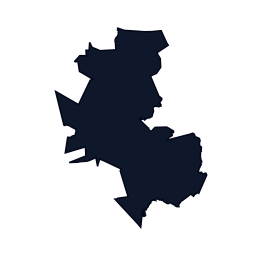 Dr. Belisario Domínguez, Chihuahua, Mexico, rotated 346°
{"feature_id": "50627088B53231411399009", "entity_name": "Dr. Belisario Domínguez", "entity_type": "district", "adm_level": 2, "iso_a3": "MEX", "parent_name": "Mexico", "parent_adm1": "Chihuahua", "projection": "orthographic", "projection_center": [-106.401, 27.994], "detail": "fine", "context": "isolated", "style": "filled", "palette": "ink", "viewbox_px": 256, "rotation_deg": 346, "n_neighbors": 0, "source": "geoboundaries", "source_scale": "gbopen_adm2", "svg_char_len": 5871}
<svg xmlns="http://www.w3.org/2000/svg" viewBox="0 0 256 256"><g transform="rotate(346 128 128)"><path d="M66.5,109.7L67.5,110.4L68.7,109.8L69.5,110.4L72.0,111.8L72.8,112.8L76.8,116.4L77.1,117.8L76.0,120.4L75.6,120.6L75.0,122.3L74.6,122.4L73.4,122.3L72.6,122.3L71.5,122.5L71.0,122.9L70.3,123.1L70.2,123.3L67.2,122.4L61.1,137.0L82.1,136.0L80.4,144.9L62.6,147.3L71.1,149.0L74.1,149.2L79.6,150.2L82.3,150.2L89.7,149.0L89.2,157.8L92.9,151.3L96.8,154.1L111.7,166.3L110.1,167.6L111.3,191.0L111.4,194.8L101.3,193.7L99.2,194.1L98.1,193.9L114.0,222.7L116.3,227.4L119.8,217.8L122.4,211.8L122.5,211.7L122.4,212.3L121.7,214.5L121.7,215.2L121.6,215.5L121.5,216.1L121.4,216.4L121.5,217.2L122.0,217.6L123.4,217.4L123.6,217.4L124.1,216.7L123.7,216.2L123.6,215.2L124.0,214.9L124.1,214.6L123.8,213.7L123.8,213.1L123.6,212.8L123.6,212.7L123.8,212.5L124.3,212.6L124.7,211.5L125.2,211.1L125.6,211.1L126.0,211.6L126.9,210.2L127.3,209.9L128.0,209.7L128.5,209.2L128.7,208.8L128.9,208.0L129.3,207.7L129.1,207.4L129.5,207.3L129.8,207.6L130.1,207.6L130.5,206.7L131.1,205.9L131.4,206.0L131.5,206.3L131.8,206.4L132.1,206.1L132.1,205.8L131.9,205.3L131.9,205.0L132.3,204.9L132.4,204.6L132.9,204.6L133.1,204.2L133.4,204.1L133.9,204.0L134.3,204.2L134.8,204.1L135.6,204.3L135.8,203.8L135.9,203.7L136.5,204.6L137.0,204.3L137.5,205.0L137.7,204.0L137.9,204.0L138.3,203.6L138.8,203.5L139.3,203.3L139.4,203.6L139.5,204.1L140.3,204.6L140.6,204.9L141.3,205.5L142.7,205.7L143.0,205.9L143.0,206.2L143.1,206.3L143.4,206.2L143.7,205.4L143.9,205.2L144.2,205.2L144.3,205.7L144.1,206.2L144.1,206.4L144.7,207.3L145.0,208.0L145.3,208.3L145.6,208.4L145.8,208.8L146.5,209.2L146.6,209.6L147.4,210.3L147.6,210.7L148.0,210.8L148.3,210.8L149.4,211.2L150.1,210.7L151.5,211.1L151.9,211.5L152.1,212.0L153.6,213.1L153.7,213.4L154.5,213.4L154.9,213.7L154.7,214.7L155.3,215.1L155.9,215.8L156.5,216.2L157.6,216.4L158.3,216.7L158.5,216.7L158.5,216.3L158.1,215.7L158.2,215.3L158.8,214.7L159.7,213.6L160.2,213.2L160.8,212.9L161.4,212.1L164.0,211.2L171.7,207.9L173.1,207.1L173.5,207.6L174.0,208.9L174.8,209.6L175.1,210.1L176.7,208.5L177.9,208.4L178.5,207.8L178.9,207.6L179.0,207.8L179.6,207.8L180.3,208.0L180.5,208.1L180.8,208.5L193.0,192.7L192.7,192.3L192.8,190.9L192.5,190.6L191.9,190.5L191.0,190.7L189.6,190.7L189.0,190.3L188.9,190.0L188.9,189.2L188.7,188.8L187.5,188.6L186.8,188.9L186.2,188.9L186.2,188.5L185.9,188.3L185.5,187.3L185.6,186.9L186.1,186.8L186.3,186.5L186.4,186.0L186.5,185.7L186.9,185.1L187.0,184.7L187.0,184.4L187.7,184.1L187.9,183.7L188.4,183.3L188.4,183.0L188.5,183.0L188.9,182.6L189.2,181.7L190.0,181.6L190.2,181.2L190.0,180.3L190.0,180.0L190.1,179.8L190.6,179.3L190.6,178.9L191.1,179.2L191.3,178.9L191.1,178.4L191.3,178.1L191.3,177.8L191.4,177.7L191.0,177.0L191.2,176.0L191.1,175.1L191.2,174.0L191.4,173.5L191.3,173.1L191.5,172.6L191.4,172.2L191.5,171.8L191.8,171.6L192.0,171.3L192.0,170.8L192.2,170.3L192.1,169.9L192.4,169.6L192.5,168.9L193.0,168.5L193.4,168.4L193.4,167.8L193.6,167.6L193.6,167.1L194.0,166.3L194.0,166.0L194.1,165.8L194.1,165.5L194.4,165.0L194.2,164.8L194.5,164.3L194.5,164.0L194.0,163.7L193.6,163.1L193.4,162.5L193.5,162.0L193.4,161.5L193.3,161.1L193.6,160.4L193.9,159.5L194.2,158.8L194.6,158.0L194.9,157.8L194.7,157.2L194.7,156.6L194.8,156.2L194.8,155.9L194.8,155.7L194.3,155.0L193.6,154.6L193.4,154.7L193.4,154.4L192.9,154.2L192.6,153.6L192.1,153.5L191.9,153.6L191.7,153.3L191.4,153.4L191.2,153.0L190.8,152.8L191.0,152.5L190.8,152.2L191.0,151.9L190.8,151.7L190.7,151.4L190.9,151.1L191.0,150.8L190.8,150.4L190.8,149.9L190.2,149.8L190.0,149.6L190.0,149.2L189.6,148.7L185.4,149.1L185.0,149.0L163.4,149.2L164.1,148.5L164.9,147.7L165.0,147.5L166.4,146.5L167.1,146.7L167.3,146.7L167.5,146.4L168.3,146.4L169.0,145.9L169.4,145.5L169.4,145.3L168.7,144.8L169.1,144.2L169.4,143.3L169.0,142.7L169.6,142.4L170.0,142.4L170.1,142.5L170.1,143.1L170.3,143.3L170.8,143.5L171.0,143.4L171.2,143.2L171.3,142.8L171.3,142.3L171.2,142.0L171.3,141.8L166.0,136.6L164.6,136.2L154.4,133.9L149.7,136.9L149.0,136.4L148.2,135.0L147.8,134.6L147.9,133.5L147.7,133.1L147.8,133.0L146.7,131.5L146.4,131.4L146.0,130.6L145.8,130.4L145.9,130.1L145.6,129.5L145.4,129.3L144.9,128.9L143.5,126.2L142.6,125.1L142.2,123.8L141.6,122.9L142.1,122.5L141.9,122.0L142.2,121.9L142.4,121.6L142.7,121.6L142.8,121.8L142.9,122.4L143.2,122.9L144.2,123.0L145.0,122.7L145.4,122.7L146.1,123.1L145.8,123.4L145.7,123.7L145.9,123.9L145.9,124.1L146.1,124.3L148.3,123.1L148.8,123.3L149.3,123.1L150.9,123.2L151.4,123.4L151.8,123.4L152.5,123.0L152.9,122.9L153.0,122.7L153.7,122.8L154.3,122.3L155.2,120.4L156.7,118.1L156.9,117.4L157.0,116.2L156.9,115.6L157.4,113.9L157.6,113.6L157.9,113.5L158.9,113.7L159.5,113.2L160.0,113.5L160.0,113.2L160.6,113.4L160.9,113.3L161.2,113.5L161.2,113.8L161.5,113.8L162.3,114.5L163.0,114.9L163.3,114.9L163.6,114.7L164.3,114.6L165.1,114.8L165.3,114.7L165.4,114.3L165.3,113.8L165.6,113.5L165.2,112.3L165.0,112.0L164.7,111.8L164.5,111.5L165.2,111.1L165.4,110.2L166.4,109.7L167.5,108.8L167.6,108.6L167.7,107.6L167.9,107.4L167.8,107.0L167.4,106.9L167.2,106.7L166.6,106.4L166.6,105.5L166.0,105.2L165.9,104.8L165.6,104.7L165.2,104.3L165.5,103.9L165.3,103.6L165.2,103.4L165.5,103.3L162.4,83.0L168.8,81.9L174.4,77.0L176.1,68.5L174.5,63.5L174.8,61.8L187.1,57.4L186.2,55.0L183.7,41.6L174.3,40.2L167.0,38.5L160.0,36.2L148.1,32.4L142.2,28.6L142.1,28.8L142.2,29.0L142.0,29.3L141.9,29.7L141.6,30.0L141.6,30.4L141.5,30.7L141.7,31.0L142.0,31.2L142.1,31.4L142.2,31.7L142.1,32.5L141.5,33.3L141.4,34.1L141.0,35.2L140.2,36.0L140.0,36.6L139.9,37.2L139.6,37.3L139.4,37.2L139.2,37.0L138.9,37.2L138.5,37.2L138.2,37.7L137.6,38.1L136.9,39.3L136.3,41.0L136.6,41.4L135.1,49.2L119.6,46.2L112.6,41.0L111.7,36.3L111.3,36.2L109.1,43.1L106.0,42.4L105.1,47.8L98.8,46.1L91.9,50.7L92.4,50.6L93.2,51.1L93.9,51.0L95.0,51.6L95.5,51.7L94.6,61.4L98.0,64.6L105.6,72.2L102.9,72.5L85.7,93.3L66.6,75.0L66.5,109.7Z" fill="#0f172a" stroke="#020617" stroke-width="1.5"/></g></svg>